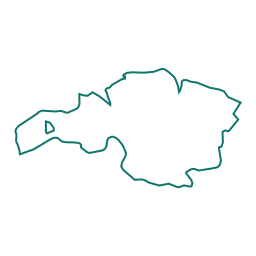 Bizkaia, Natural Earth projection
{"feature_id": "ESP-5851", "entity_name": "Bizkaia", "entity_type": "Autonomous Community", "adm_level": 1, "iso_a3": "ESP", "parent_name": "Spain", "parent_adm1": "", "projection": "natural_earth1", "projection_center": [-2.927, 43.237], "detail": "fine", "context": "isolated", "style": "outline", "palette": "teal", "viewbox_px": 256, "rotation_deg": 0, "n_neighbors": 0, "source": "natural_earth", "source_scale": "10m", "svg_char_len": 1760}
<svg xmlns="http://www.w3.org/2000/svg" viewBox="0 0 256 256"><path d="M79.3,94.1L83.4,95.3L87.6,95.8L92.5,92.3L99.4,96.3L110.2,104.9L110.2,102.8L107.6,96.2L106.9,92.8L105.6,90.8L105.6,89.7L106.7,88.4L109.6,87.6L112.1,84.8L121.5,79.4L125.0,78.5L125.0,76.5L123.5,76.5L123.5,74.8L127.1,72.8L132.5,72.3L143.6,72.7L153.8,71.8L158.4,70.1L162.1,68.8L164.9,69.4L169.4,72.6L173.7,76.5L175.6,79.5L178.1,86.3L179.0,92.1L179.8,91.0L181.5,86.0L181.7,84.7L181.6,83.1L181.8,81.5L182.9,80.4L185.4,79.9L188.0,80.6L190.4,81.6L197.2,82.7L209.8,87.7L219.1,89.5L224.0,91.3L228.1,97.1L240.6,102.6L233.4,113.9L238.2,119.5L229.3,130.5L228.1,131.2L227.4,131.2L225.5,130.4L222.5,131.9L222.9,142.5L221.4,146.7L220.7,146.9L220.1,146.8L219.6,146.9L219.0,147.7L219.0,148.5L220.9,160.3L220.1,164.5L217.5,167.3L210.4,168.7L198.8,170.5L193.9,168.8L190.7,169.4L186.5,172.0L186.1,172.8L186.4,173.7L191.2,179.9L192.4,183.1L191.6,186.0L190.9,186.6L190.0,186.6L184.1,185.4L180.0,186.9L177.6,187.2L168.8,183.7L159.3,185.5L149.0,182.6L144.3,180.0L141.8,179.4L134.7,179.8L123.2,169.8L121.3,166.5L121.9,162.9L125.7,155.7L125.9,152.6L122.7,145.3L118.4,139.8L115.4,137.5L112.1,136.6L108.6,138.0L107.2,140.3L106.5,146.1L105.1,148.7L102.6,150.4L89.3,153.0L86.6,151.8L81.1,147.6L81.1,144.9L80.3,143.9L79.1,143.1L74.3,142.4L66.9,142.3L62.1,141.6L58.4,138.5L57.1,137.9L55.6,137.7L53.7,138.0L51.5,138.7L33.3,149.5L19.9,154.3L19.5,150.8L17.9,145.1L16.9,143.2L16.2,141.3L16.1,139.3L16.4,137.4L16.4,135.3L16.1,133.3L15.4,131.4L16.1,128.9L18.4,126.1L36.6,114.0L39.1,111.9L41.9,110.6L55.3,111.5L60.9,110.9L65.8,112.5L67.8,112.7L77.2,108.5L78.6,106.5L79.5,103.9L79.3,95.9L79.3,94.1ZM47.0,133.4L53.9,130.5L53.6,127.7L49.9,122.6L45.9,121.4L45.9,131.9L47.0,133.4Z" fill="none" stroke="#0f766e" stroke-width="2"/></svg>